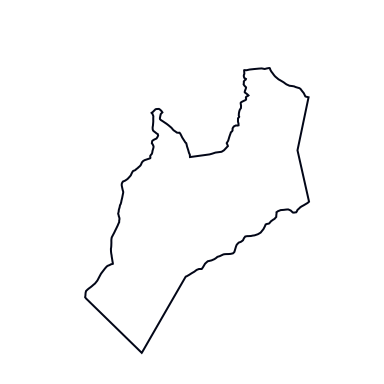 Morne Ciseaux, Anse-la-Raye, Saint Lucia, rotated 48°
{"feature_id": "8701671B86288644178895", "entity_name": "Morne Ciseaux", "entity_type": "district", "adm_level": 2, "iso_a3": "LCA", "parent_name": "Saint Lucia", "parent_adm1": "Anse-la-Raye", "projection": "orthographic", "projection_center": [-61.005, 13.936], "detail": "fine", "context": "isolated", "style": "outline", "palette": "ink", "viewbox_px": 384, "rotation_deg": 48, "n_neighbors": 0, "source": "geoboundaries", "source_scale": "gbopen_adm2", "svg_char_len": 4822}
<svg xmlns="http://www.w3.org/2000/svg" viewBox="0 0 384 384"><g transform="rotate(48 192 192)"><path d="M199.6,42.0L197.4,43.5L196.8,43.8L193.4,42.8L190.1,42.6L188.0,42.4L186.7,42.7L183.3,44.8L181.9,45.4L180.5,46.5L178.2,48.5L177.0,49.0L175.2,49.8L173.4,50.2L171.8,50.5L168.6,51.5L166.2,52.3L161.9,52.9L160.8,52.9L159.3,52.8L157.6,52.6L156.0,52.5L154.8,52.3L153.6,52.0L152.3,51.4L151.8,51.4L151.3,52.0L150.2,53.8L149.6,55.0L149.2,55.7L146.8,57.5L145.0,59.8L142.1,63.7L139.5,67.3L138.0,70.0L137.6,70.4L137.2,70.8L136.4,71.6L136.5,71.9L137.4,72.6L139.2,74.0L139.5,74.7L139.7,75.0L140.3,75.8L141.1,76.3L141.7,76.6L142.4,76.8L143.4,76.5L143.7,76.4L143.9,76.4L144.1,76.3L144.4,76.8L144.3,77.2L144.3,77.6L144.3,78.6L144.6,79.6L145.1,80.0L146.0,80.9L146.5,81.6L147.5,81.8L148.9,81.9L149.8,81.8L150.4,81.8L151.2,82.8L151.5,83.5L152.3,85.0L152.7,85.6L153.0,86.0L153.7,86.1L154.5,85.9L155.3,85.7L156.7,85.5L158.0,85.4L158.0,86.0L157.6,87.6L157.6,88.4L158.1,89.0L158.5,89.2L158.7,89.3L159.1,89.5L159.5,90.1L159.4,91.0L158.9,92.6L158.4,94.4L158.2,95.5L158.3,96.1L158.9,96.7L159.9,97.3L160.8,97.9L161.5,98.6L161.9,99.0L162.1,99.2L162.4,99.5L162.6,100.4L162.9,101.5L163.7,102.9L165.0,104.6L165.2,104.8L166.5,106.1L167.7,106.6L167.9,107.3L168.0,108.5L169.0,109.4L170.4,110.7L172.3,111.7L173.6,112.8L173.2,113.6L171.9,114.9L171.3,116.9L171.6,118.5L172.0,119.4L173.4,120.7L173.7,121.6L173.7,123.3L174.1,123.8L174.8,125.2L175.9,127.2L178.1,130.8L178.9,133.5L180.4,134.0L181.5,134.4L181.9,134.6L182.4,140.3L181.9,143.1L178.4,148.2L177.1,151.2L175.8,153.8L173.9,156.6L164.7,170.1L162.7,168.6L161.0,168.1L158.2,166.7L154.8,165.2L153.2,164.3L151.8,163.6L150.9,163.8L148.5,163.4L144.9,162.8L142.5,162.1L140.9,161.7L139.6,161.6L139.0,162.4L137.7,163.5L136.1,163.8L135.0,164.1L133.7,164.4L132.8,164.4L130.5,164.3L126.8,164.8L124.6,165.2L119.4,166.5L119.1,166.6L117.7,167.0L116.4,167.0L115.6,166.4L114.4,164.8L113.2,163.1L113.1,162.4L113.0,160.7L111.4,160.5L109.5,160.6L108.1,161.0L106.8,162.6L106.3,163.3L106.2,163.7L106.1,164.0L106.2,165.6L106.3,167.5L106.2,168.7L106.1,169.1L106.3,169.2L107.2,169.0L109.8,170.0L111.0,171.2L113.9,173.8L115.4,175.4L116.6,176.7L117.5,177.9L119.0,179.2L120.3,179.8L121.5,179.7L123.0,179.4L124.9,179.1L126.1,178.7L127.4,179.4L128.0,180.8L128.5,182.6L127.8,184.8L127.5,186.2L127.5,186.4L127.4,187.2L127.8,187.9L128.4,188.6L129.0,189.3L130.2,189.3L132.3,190.0L133.2,190.9L135.0,193.8L136.2,195.3L136.8,196.4L136.9,197.5L137.2,198.8L137.6,199.2L138.8,200.1L138.9,200.4L138.8,200.9L137.5,203.9L136.6,206.0L136.3,207.7L136.5,209.4L137.2,210.9L137.8,212.4L137.9,214.1L137.8,215.1L137.9,216.4L137.7,218.2L137.8,219.3L137.5,220.4L137.1,221.3L137.0,222.1L137.8,224.4L138.7,226.4L138.9,227.9L139.2,231.2L138.8,234.1L138.2,235.8L138.0,236.4L138.6,238.2L139.1,238.9L139.9,239.7L141.2,240.5L144.0,242.1L145.7,242.9L146.4,243.5L149.6,247.8L151.3,250.3L151.7,250.8L152.1,251.3L153.1,252.9L153.4,253.5L153.6,254.3L154.9,256.0L155.7,257.3L156.1,258.0L156.7,258.8L157.1,259.1L158.2,260.6L158.7,261.4L160.3,262.1L160.8,262.5L162.5,263.2L163.5,263.9L164.7,265.4L165.7,266.3L166.2,267.6L167.2,269.7L167.9,271.4L168.6,273.1L169.3,274.9L170.1,276.8L171.2,279.8L171.8,281.4L171.9,281.7L172.0,282.0L173.2,283.5L174.2,284.5L175.7,285.8L178.1,288.1L179.3,289.4L179.9,290.2L180.7,290.9L181.3,291.4L182.0,292.0L183.7,293.2L185.2,294.1L186.3,294.9L188.5,296.3L190.2,297.4L192.0,298.5L192.4,298.9L191.4,300.9L191.2,302.1L190.6,303.5L190.3,305.1L190.6,307.8L191.4,312.1L191.8,314.2L192.8,317.0L193.8,319.7L194.5,321.6L195.1,325.3L195.0,327.7L195.0,329.1L194.9,331.0L194.7,332.9L194.6,334.9L194.7,337.0L195.7,338.5L198.1,341.0L198.4,341.5L198.6,341.8L200.2,342.0L206.4,341.6L276.0,337.1L277.9,337.0L277.7,336.2L261.4,286.3L251.0,254.3L250.7,253.3L251.1,252.2L251.7,249.4L252.1,246.8L252.5,244.9L252.8,243.5L253.0,240.7L253.9,238.3L255.7,236.3L255.3,234.3L254.0,230.2L254.0,226.7L255.9,223.2L256.9,220.2L257.2,218.0L257.2,216.5L258.2,214.4L259.4,210.4L260.3,209.0L262.6,206.3L263.9,204.6L265.0,202.6L265.0,201.8L264.9,200.6L263.6,198.5L261.9,195.7L261.1,194.0L260.9,191.6L260.9,191.0L261.7,189.2L261.9,187.7L262.0,186.4L261.1,184.3L260.7,182.2L261.8,180.4L262.7,179.4L264.1,177.7L265.0,176.1L266.1,174.5L267.5,171.2L267.8,169.7L268.1,168.1L267.8,166.3L267.4,163.8L266.4,161.1L265.7,159.6L265.4,159.0L265.6,158.5L265.8,157.8L266.2,157.2L266.8,156.2L267.0,155.6L266.9,155.0L266.8,154.3L266.7,153.4L266.6,152.9L266.9,150.1L267.2,148.7L267.0,147.2L266.9,146.1L265.6,144.8L264.4,143.4L263.6,142.8L263.8,140.9L264.8,138.2L266.8,135.6L268.1,133.7L269.3,132.2L270.5,131.6L271.9,131.0L273.8,130.9L274.5,130.7L274.9,130.7L275.7,129.8L276.4,128.7L276.8,128.1L276.7,127.7L276.3,126.4L275.9,125.6L275.9,123.0L275.8,122.1L276.0,120.4L276.6,117.9L276.9,116.4L277.5,113.4L277.5,111.5L231.6,85.7L199.6,42.0Z" fill="none" stroke="#020617" stroke-width="2"/></g></svg>